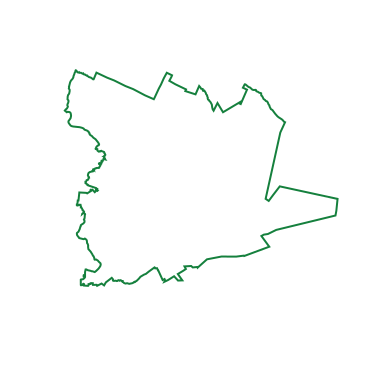 outline of Hobart, Tasmania, Australia, rotated 194°
{"feature_id": "25037944B41007206704884", "entity_name": "Hobart", "entity_type": "district", "adm_level": 2, "iso_a3": "AUS", "parent_name": "Australia", "parent_adm1": "Tasmania", "projection": "orthographic", "projection_center": [147.328, -42.894], "detail": "fine", "context": "isolated", "style": "outline", "palette": "green", "viewbox_px": 384, "rotation_deg": 194, "n_neighbors": 0, "source": "geoboundaries", "source_scale": "gbopen_adm2", "svg_char_len": 5982}
<svg xmlns="http://www.w3.org/2000/svg" viewBox="0 0 384 384"><g transform="rotate(194 192 192)"><path d="M49.1,220.5L108.2,218.7L112.7,208.4L115.4,201.9L118.9,203.2L120.7,271.1L118.6,282.2L119.6,282.4L121.4,283.7L122.6,284.3L125.9,285.4L127.4,286.1L130.3,288.1L133.8,291.0L135.5,291.5L137.4,293.7L137.9,294.8L138.9,295.5L140.1,297.2L141.0,298.0L142.4,298.2L143.5,299.0L145.0,299.5L147.0,301.9L148.1,302.4L148.8,304.5L149.2,304.6L150.8,304.6L152.4,305.2L153.8,305.3L154.2,305.6L154.5,306.3L155.0,306.5L156.8,305.9L158.2,305.9L160.9,307.4L162.6,307.6L166.1,309.3L166.9,309.2L167.8,305.5L163.4,304.6L166.0,289.1L167.1,289.3L167.2,290.8L181.2,276.9L188.8,284.5L190.7,276.1L191.9,277.2L192.9,279.1L193.9,281.6L195.7,283.6L196.8,284.4L197.4,284.7L197.8,285.3L198.8,285.6L199.4,286.5L199.5,287.4L200.4,288.5L200.7,289.4L202.0,290.4L202.7,291.6L204.6,293.4L205.6,292.8L205.8,292.9L206.1,293.2L206.3,294.2L206.5,294.5L208.1,294.4L209.3,295.6L210.7,296.6L212.2,287.6L222.9,288.3L222.6,290.1L234.2,292.5L240.9,294.4L239.8,298.8L239.6,300.4L245.3,301.6L246.9,295.4L248.1,288.7L249.2,284.4L251.1,274.5L251.5,272.8L260.9,274.4L274.0,277.6L282.2,278.7L294.5,281.4L302.0,282.4L313.6,284.7L314.7,277.6L315.1,277.4L317.7,278.5L319.8,278.6L320.6,279.0L321.9,279.3L322.1,279.7L322.6,279.6L323.6,279.7L324.1,280.1L325.5,280.0L326.3,280.8L326.9,280.3L328.5,280.8L330.1,280.4L330.6,280.9L331.0,280.5L331.7,280.4L332.1,280.5L333.7,281.9L334.3,281.9L334.4,281.4L334.3,280.4L334.7,279.1L334.7,277.9L335.0,275.9L334.9,274.3L335.4,272.6L336.2,271.2L336.6,270.0L336.8,268.7L336.8,265.1L336.9,264.7L336.7,264.5L336.5,262.5L335.8,262.0L335.4,261.5L335.1,260.1L335.0,257.7L335.7,256.0L335.7,254.5L335.2,251.8L334.1,251.0L333.8,250.3L333.7,248.7L334.0,247.3L334.0,246.1L333.1,244.8L333.2,244.1L333.5,243.0L334.2,241.7L334.5,241.6L335.1,240.2L332.8,239.1L332.1,239.7L330.4,239.9L329.5,239.7L328.8,239.1L327.9,237.1L327.7,235.9L327.7,234.1L329.0,230.8L328.8,229.9L328.2,229.0L326.0,227.2L325.0,226.8L323.2,226.8L316.7,227.7L314.5,227.7L312.6,227.4L311.4,226.5L308.7,226.2L306.9,225.5L306.6,224.8L305.8,224.4L305.6,224.1L305.6,223.7L305.3,223.6L304.8,222.9L304.4,222.6L302.9,222.2L300.8,220.8L298.4,219.9L295.0,217.3L293.7,215.9L293.8,214.8L294.2,214.5L294.4,214.5L295.1,213.7L295.8,212.2L295.6,211.5L296.0,210.9L295.8,210.4L295.2,210.4L294.6,210.8L294.2,210.7L294.1,209.9L293.7,209.3L292.3,208.6L291.2,209.0L291.2,209.4L290.9,209.6L290.5,209.4L289.8,210.0L289.5,209.8L287.1,209.6L286.7,209.2L286.5,208.5L286.0,208.3L285.1,207.1L285.5,206.5L285.3,206.4L285.3,206.2L286.2,205.2L285.7,205.2L285.7,204.8L285.6,204.6L285.6,204.2L285.3,204.2L284.8,203.6L285.5,203.8L285.8,203.0L285.1,202.6L285.5,202.6L285.8,202.0L286.4,200.5L286.2,200.0L286.3,199.8L286.7,199.8L287.1,200.3L287.1,200.6L287.3,200.5L287.3,199.2L286.9,198.9L286.8,197.5L287.0,197.2L287.3,197.2L288.7,197.7L289.0,197.5L289.2,197.1L289.1,196.9L288.9,196.6L287.5,196.3L287.3,196.2L287.3,195.5L288.0,193.7L287.9,193.2L288.2,192.8L290.0,192.4L290.8,192.0L291.0,191.6L291.7,191.4L292.0,190.8L292.4,190.3L292.6,190.3L292.4,189.8L292.9,190.1L293.4,189.9L293.4,189.6L292.7,188.7L293.1,188.1L293.7,188.5L293.9,188.2L294.3,187.8L294.4,187.5L295.9,186.7L296.9,185.6L297.1,184.7L297.1,183.1L296.7,182.4L295.6,181.6L295.3,180.9L295.8,180.5L295.7,179.8L295.8,178.9L296.1,178.5L297.1,178.0L297.4,175.6L297.2,175.0L297.6,175.2L297.5,174.8L295.0,173.9L295.1,173.5L294.6,173.3L286.0,172.6L285.9,172.2L284.9,172.1L285.0,171.8L285.8,171.8L285.8,171.5L285.0,171.4L284.9,171.1L283.8,170.8L284.1,170.2L285.3,170.4L285.5,170.1L285.3,170.0L286.3,168.3L289.1,170.1L289.9,169.0L290.7,169.7L291.0,169.3L290.7,168.1L293.4,165.3L294.3,165.6L301.2,164.3L300.1,156.3L300.8,156.1L300.2,152.1L300.7,152.0L300.6,151.4L300.1,151.1L298.5,151.9L298.6,152.1L298.2,152.4L297.1,152.6L297.0,152.1L296.5,151.6L296.2,150.4L295.9,150.6L295.5,150.1L294.5,149.1L293.8,147.9L293.3,147.9L292.6,147.0L292.2,147.0L291.9,146.6L292.0,146.1L293.2,144.4L293.2,144.1L292.3,145.4L291.1,145.1L290.9,144.9L290.5,144.8L290.3,144.4L290.4,143.7L289.9,140.6L290.2,139.3L289.9,139.1L289.9,138.7L289.4,138.2L289.1,137.1L289.1,136.6L289.8,135.2L291.4,133.5L291.8,132.9L291.7,131.9L291.9,131.6L291.9,130.5L292.0,129.7L292.0,128.4L292.2,128.0L292.5,126.1L293.7,124.4L293.6,123.5L293.0,122.3L291.5,121.0L291.0,120.8L290.3,120.0L285.9,120.0L285.4,120.2L284.9,120.8L284.7,120.9L283.0,120.2L282.3,119.4L281.4,117.0L280.5,116.2L279.7,114.7L279.6,113.7L278.7,111.5L275.9,109.6L275.2,108.9L273.5,107.3L272.8,106.3L272.0,105.9L270.9,104.4L270.5,103.3L270.2,102.9L269.8,102.8L269.4,103.1L268.6,103.3L266.6,102.6L265.9,102.0L263.6,100.7L263.1,99.8L263.0,98.9L263.1,97.7L264.1,95.1L265.9,92.2L267.0,90.8L269.5,91.0L270.1,90.8L271.3,91.0L274.1,90.9L275.9,91.3L276.5,91.1L276.4,88.4L275.7,85.6L276.9,85.2L277.0,85.0L276.7,83.8L275.3,84.0L275.2,83.6L275.5,82.6L276.3,81.4L276.8,80.9L278.5,80.3L278.7,80.0L277.4,74.9L277.2,74.7L275.3,75.3L275.2,75.5L275.4,76.4L275.0,76.7L274.5,76.5L274.1,75.1L270.1,75.8L269.8,76.3L270.1,77.6L268.3,78.2L268.4,78.9L267.8,79.2L266.2,79.5L266.0,78.5L265.7,77.9L262.0,78.9L261.7,78.8L261.5,78.1L261.4,78.0L257.6,81.3L254.7,80.1L253.7,83.5L249.1,89.3L247.6,88.2L247.3,87.6L247.3,87.0L247.0,86.8L246.2,86.9L244.5,87.5L243.4,87.4L242.8,87.7L242.2,88.6L241.7,88.7L240.7,88.4L240.4,88.7L240.2,89.1L239.8,89.2L238.7,88.6L237.9,88.8L237.9,88.4L237.6,87.9L236.9,87.9L236.0,87.3L234.8,87.1L234.3,87.1L232.9,87.8L230.7,87.7L228.2,88.9L227.5,89.3L226.9,90.0L225.8,90.7L226.0,91.0L224.4,92.1L222.6,95.0L221.5,97.3L218.6,100.2L216.9,101.4L214.7,104.3L210.1,109.8L209.6,109.6L209.2,109.0L207.5,109.6L206.1,107.8L205.9,107.9L199.2,99.5L197.6,100.9L196.8,99.9L197.1,98.2L193.9,100.8L189.0,105.9L184.1,102.7L180.0,103.9L185.9,109.0L181.4,113.5L179.3,115.8L181.3,118.0L174.9,120.0L173.0,119.0L168.5,120.6L168.2,120.0L161.2,130.3L147.8,136.5L133.5,140.0L126.3,142.8L125.9,142.5L103.8,157.6L114.0,166.1L112.0,168.0L108.2,169.6L101.1,175.6L47.1,203.9L47.4,208.7L49.1,220.5Z" fill="none" stroke="#15803d" stroke-width="2"/></g></svg>